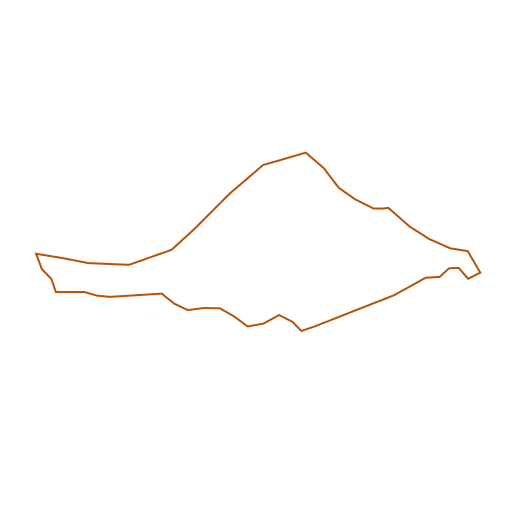 map outline of Pallisa (Natural Earth projection), rotated 163°
{"feature_id": "UGA-3076", "entity_name": "Pallisa", "entity_type": "District", "adm_level": 1, "iso_a3": "UGA", "parent_name": "Uganda", "parent_adm1": "", "projection": "natural_earth1", "projection_center": [33.743, 1.214], "detail": "fine", "context": "isolated", "style": "outline", "palette": "amber", "viewbox_px": 512, "rotation_deg": 163, "n_neighbors": 0, "source": "natural_earth", "source_scale": "10m", "svg_char_len": 697}
<svg xmlns="http://www.w3.org/2000/svg" viewBox="0 0 512 512"><g transform="rotate(163 256 256)"><path d="M68.1,206.6L52.1,198.8L46.4,174.5L59.8,172.2L65.6,185.3L75.0,187.8L86.4,182.3L100.1,185.6L135.6,178.1L220.9,171.5L234.6,171.1L240.3,182.3L251.2,192.8L268.6,189.2L284.5,191.0L294.7,204.7L305.8,216.5L321.1,221.5L337.2,224.3L348.1,234.3L357.2,247.6L407.6,259.6L419.4,264.5L430.8,271.8L457.9,280.0L458.4,293.9L464.6,306.0L465.6,322.4L440.3,309.9L418.6,298.3L380.1,284.7L334.9,286.6L306.4,300.2L262.9,323.4L222.7,340.9L178.2,340.3L165.6,320.4L157.0,297.2L144.8,281.4L129.8,267.1L121.5,264.5L115.3,263.3L100.6,239.4L85.4,221.6L68.1,206.6Z" fill="none" stroke="#b45309" stroke-width="2"/></g></svg>